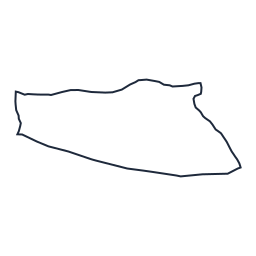 outline of Keana, Nassarawa, Nigeria
{"feature_id": "59680162B98467355573765", "entity_name": "Keana", "entity_type": "district", "adm_level": 2, "iso_a3": "NGA", "parent_name": "Nigeria", "parent_adm1": "Nassarawa", "projection": "orthographic", "projection_center": [8.821, 8.173], "detail": "fine", "context": "isolated", "style": "outline", "palette": "slate", "viewbox_px": 256, "rotation_deg": 0, "n_neighbors": 0, "source": "geoboundaries", "source_scale": "gbopen_adm2", "svg_char_len": 1252}
<svg xmlns="http://www.w3.org/2000/svg" viewBox="0 0 256 256"><path d="M240.6,167.5L240.3,166.4L239.3,163.3L238.7,162.2L237.1,159.3L235.0,156.4L234.5,155.6L233.5,154.1L231.7,151.5L229.6,147.5L226.8,142.0L225.5,140.0L223.4,136.9L221.7,134.3L220.8,133.1L220.1,132.6L217.6,130.8L216.1,129.8L215.6,129.4L213.9,126.8L212.7,124.9L212.2,124.2L209.9,121.3L207.4,119.6L205.1,118.0L203.1,116.2L201.5,113.5L200.9,112.4L199.2,110.5L195.7,107.5L194.4,103.9L193.5,98.8L195.0,96.0L197.7,95.1L200.8,93.8L201.2,91.8L201.4,89.0L201.5,87.5L200.5,83.1L198.6,83.1L194.4,83.7L188.4,85.3L182.6,85.9L172.5,86.5L169.7,85.3L163.9,84.7L159.2,81.9L155.2,81.1L146.6,79.6L140.4,80.1L138.5,80.2L135.5,82.1L130.1,84.5L121.8,89.6L112.5,92.3L105.3,92.6L91.5,92.0L89.3,91.7L86.8,91.3L78.3,90.0L70.5,90.1L62.1,92.0L51.0,95.0L49.1,94.7L48.4,94.6L41.0,94.6L37.1,94.5L32.9,94.3L27.9,94.0L24.7,94.7L18.5,92.2L15.8,91.6L15.4,101.3L15.6,104.4L16.2,110.1L18.6,115.6L18.8,118.8L20.8,123.1L20.2,126.1L18.8,131.2L17.4,134.3L22.2,134.5L37.0,141.6L48.3,146.3L49.0,146.5L53.7,147.7L68.4,151.5L90.5,159.0L92.8,159.7L96.1,160.6L127.2,168.5L127.9,168.6L143.3,170.6L152.4,171.9L176.4,175.5L180.7,176.4L202.5,174.3L227.7,173.7L237.8,168.5L240.6,167.5Z" fill="none" stroke="#1e293b" stroke-width="2"/></svg>